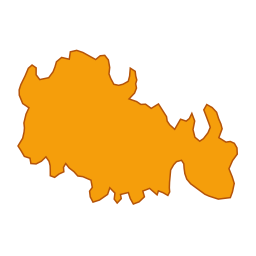 the district of Iguatu, Paraná, Brazil, rotated 92°
{"feature_id": "56859067B2553347747506", "entity_name": "Iguatu", "entity_type": "district", "adm_level": 2, "iso_a3": "BRA", "parent_name": "Brazil", "parent_adm1": "Paraná", "projection": "orthographic", "projection_center": [-53.086, -24.68], "detail": "fine", "context": "isolated", "style": "filled", "palette": "amber", "viewbox_px": 256, "rotation_deg": 92, "n_neighbors": 0, "source": "geoboundaries", "source_scale": "gbopen_adm2", "svg_char_len": 1839}
<svg xmlns="http://www.w3.org/2000/svg" viewBox="0 0 256 256"><g transform="rotate(92 128 128)"><path d="M54.1,175.7L52.2,182.0L53.9,188.3L61.3,189.1L59.8,196.8L64.3,201.8L69.5,203.1L74.4,204.8L80.5,209.0L82.7,217.9L78.0,221.7L71.1,221.9L68.4,226.1L71.8,229.7L79.7,232.7L88.4,236.6L93.7,238.1L99.0,237.8L107.2,234.1L111.3,227.7L117.7,230.4L126.6,232.2L131.5,231.5L135.5,231.7L141.9,232.9L149.8,237.3L154.1,234.3L160.0,230.6L161.6,224.9L166.9,223.8L167.1,218.6L164.2,213.4L159.7,209.0L164.1,205.7L168.4,204.5L173.1,204.2L178.4,204.0L179.9,199.6L176.3,195.2L174.0,190.6L169.5,191.1L165.7,189.0L169.9,185.5L173.5,180.5L177.7,176.5L178.2,171.4L181.4,163.2L188.6,161.6L192.5,164.2L198.2,163.3L203.3,160.4L201.0,154.0L195.1,146.1L188.4,144.1L193.5,138.8L199.6,139.3L203.4,136.2L198.9,132.3L194.7,133.2L192.5,125.4L198.4,123.3L203.8,120.0L201.4,114.3L196.2,109.2L190.5,111.0L187.6,104.3L193.8,96.6L189.8,95.4L191.4,90.7L194.0,85.8L190.4,84.1L186.4,84.6L180.7,84.6L168.4,83.9L163.0,81.0L159.9,78.3L158.4,73.4L161.8,71.0L166.4,70.5L171.6,69.6L177.0,67.5L181.6,63.4L191.5,48.9L193.2,44.7L195.9,35.3L194.0,23.3L188.2,21.4L179.7,19.9L173.3,22.1L165.2,25.7L156.9,22.4L150.3,17.9L144.1,18.4L139.6,21.2L137.9,25.3L138.7,29.6L134.5,36.9L125.5,33.9L120.8,35.3L115.7,37.7L109.2,40.0L104.7,44.5L101.8,50.1L107.2,52.9L113.3,50.3L120.5,47.3L124.5,45.8L130.0,47.9L136.0,52.2L138.7,55.9L134.9,60.8L127.3,63.0L118.7,61.6L111.2,64.7L116.4,67.0L119.1,70.1L117.4,75.8L127.7,81.3L123.4,86.4L119.7,89.1L115.3,89.9L102.9,98.4L107.6,105.5L103.6,111.3L104.0,116.0L101.3,120.3L98.9,128.0L92.9,122.7L87.8,120.9L83.5,121.9L79.7,120.9L75.7,122.1L71.1,122.8L68.1,127.8L76.1,128.2L81.3,129.4L84.4,134.5L85.7,138.8L84.8,143.7L79.1,147.0L74.6,148.9L68.2,148.4L60.7,150.0L56.2,153.8L56.8,158.3L60.7,162.7L54.1,175.7Z" fill="#f59e0b" stroke="#b45309" stroke-width="1.5"/></g></svg>